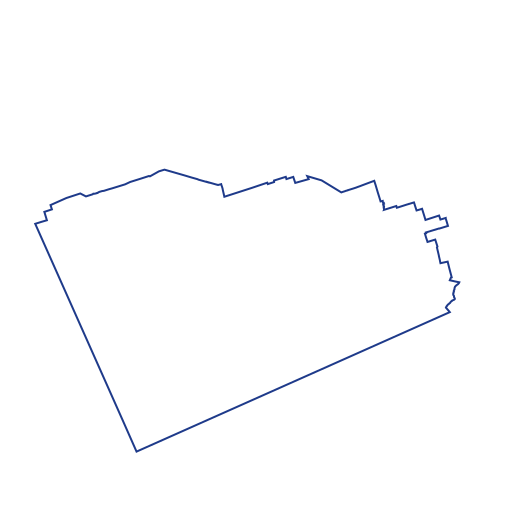 Bulloo, Queensland, Australia, rotated 336°
{"feature_id": "25037944B79296808644120", "entity_name": "Bulloo", "entity_type": "district", "adm_level": 2, "iso_a3": "AUS", "parent_name": "Australia", "parent_adm1": "Queensland", "projection": "mercator", "projection_center": [143.553, -27.831], "detail": "fine", "context": "isolated", "style": "outline", "palette": "blue", "viewbox_px": 512, "rotation_deg": 336, "n_neighbors": 0, "source": "geoboundaries", "source_scale": "gbopen_adm2", "svg_char_len": 4484}
<svg xmlns="http://www.w3.org/2000/svg" viewBox="0 0 512 512"><g transform="rotate(336 256 256)"><path d="M410.2,386.1L410.0,385.3L409.0,382.0L408.5,380.4L409.2,379.8L409.4,379.6L410.0,379.4L410.1,379.2L410.4,379.1L410.7,378.9L411.2,378.6L411.3,378.6L411.6,378.4L412.1,378.4L412.6,378.3L413.1,378.0L413.4,377.9L413.6,377.9L413.9,377.9L414.1,377.8L414.5,377.6L414.7,377.4L415.1,377.2L415.3,377.1L415.5,377.0L415.8,376.9L416.0,376.9L416.3,376.8L416.7,376.6L416.9,376.7L417.3,376.5L417.7,376.5L417.9,376.5L418.5,376.5L418.9,376.5L419.4,376.5L419.6,376.4L419.9,376.2L420.2,376.1L420.3,375.8L420.3,374.6L420.2,374.4L420.2,374.2L420.3,373.8L420.4,373.6L420.5,373.3L420.6,372.9L420.6,372.7L420.5,372.4L420.4,372.0L420.6,371.4L420.6,371.0L420.7,370.8L421.0,370.5L421.1,370.4L421.4,370.2L421.5,370.0L421.5,369.9L421.5,369.7L421.9,369.3L422.1,369.2L422.3,369.1L422.3,368.7L422.5,368.4L422.6,368.2L422.8,367.9L423.1,367.7L423.4,367.5L423.6,367.4L423.7,367.1L423.8,366.9L424.0,366.7L424.2,366.3L424.3,366.1L424.5,365.8L424.8,365.6L425.1,365.2L425.3,365.0L426.0,364.7L426.4,364.5L427.0,364.4L427.3,364.2L428.6,364.0L429.0,363.9L429.4,363.7L430.2,363.4L430.5,363.1L431.0,362.7L427.5,360.2L423.2,357.0L425.3,355.0L426.1,355.1L427.6,345.8L428.8,339.1L421.6,337.6L421.9,336.1L422.3,334.5L422.6,332.9L422.9,331.3L423.1,330.3L423.2,330.1L424.8,321.7L425.4,321.4L425.6,321.2L426.4,313.9L418.4,312.9L418.6,311.2L418.8,309.0L419.4,304.3L420.7,304.4L420.8,303.6L434.4,305.3L434.6,305.5L443.6,306.6L444.2,302.0L444.6,298.6L444.7,298.4L439.3,297.7L439.7,293.5L434.0,292.9L425.5,292.0L426.0,288.0L426.9,280.4L424.8,280.2L421.2,279.7L421.6,275.8L422.1,271.5L422.1,271.3L419.6,271.0L417.1,270.7L416.9,270.6L416.7,270.6L416.4,270.6L415.0,270.4L405.9,269.4L404.3,269.2L404.5,267.4L391.7,265.9L391.8,265.8L391.9,265.5L392.1,265.4L392.2,265.2L392.1,264.7L392.2,264.3L392.3,264.0L392.5,263.5L392.5,263.4L392.8,263.4L392.9,263.2L393.0,263.0L393.1,262.9L393.1,262.7L392.9,262.6L393.0,262.4L393.1,262.1L393.1,261.9L393.1,261.7L393.3,261.5L393.2,261.3L393.0,260.9L393.2,260.7L393.4,260.3L393.7,260.3L393.8,260.2L394.1,260.2L394.0,259.7L394.2,259.4L393.7,259.2L393.8,258.6L393.8,258.3L393.9,258.1L393.8,257.8L394.0,257.4L394.1,257.2L392.0,256.8L392.5,252.8L393.1,247.6L394.1,240.0L394.6,235.4L391.4,235.2L381.6,234.6L379.4,234.5L377.0,234.3L375.1,234.2L372.2,233.9L368.8,233.5L367.1,233.3L366.5,233.2L366.4,233.3L366.0,233.2L365.7,233.2L365.4,233.2L365.2,233.1L364.6,233.0L364.0,233.0L362.8,232.9L362.0,232.8L361.2,232.7L359.8,232.6L353.8,223.9L346.7,213.6L335.3,203.9L335.4,207.2L321.6,205.2L322.2,198.9L315.1,198.1L315.4,195.8L303.2,194.4L302.6,195.8L296.0,195.1L296.1,193.6L280.0,192.1L251.2,189.0L252.5,182.4L252.9,180.7L253.1,179.1L253.3,176.7L253.4,176.2L250.2,175.7L249.3,174.9L249.2,174.9L241.9,168.8L241.9,169.0L234.3,162.7L234.0,162.2L229.3,158.3L223.0,152.9L208.0,140.3L207.5,139.9L204.4,139.5L201.9,139.2L201.5,139.2L194.9,139.8L191.5,140.1L190.8,139.4L183.4,138.6L181.6,138.4L171.2,137.2L165.6,137.3L152.2,135.7L148.8,135.2L146.2,134.9L143.5,134.6L141.9,134.1L138.9,133.7L137.3,133.8L137.0,134.0L136.7,134.0L136.1,133.7L135.8,133.7L135.6,133.8L134.6,133.6L133.7,133.4L132.7,132.9L131.9,133.2L124.9,132.4L120.9,127.4L106.4,125.9L92.5,125.9L89.0,125.9L88.5,130.4L80.6,129.6L79.5,138.3L73.5,137.5L67.4,136.8L67.4,153.1L67.4,153.6L67.4,174.5L67.4,184.2L67.4,194.7L67.4,200.3L67.4,220.3L67.4,230.6L67.4,235.5L67.4,235.8L67.4,260.2L67.4,265.0L67.4,274.8L67.4,281.2L67.4,281.9L67.4,284.2L67.4,291.0L67.4,304.3L67.4,314.7L67.4,322.5L67.4,325.6L67.4,329.7L67.4,334.4L67.4,351.4L67.3,386.1L69.0,386.1L71.8,386.1L78.3,386.1L87.1,386.1L88.4,386.1L97.0,386.1L104.3,386.1L112.0,386.1L116.7,386.1L120.3,386.1L125.6,386.1L126.5,386.1L130.4,386.1L136.4,386.1L146.2,386.1L156.1,386.1L157.5,386.1L158.2,386.1L161.3,386.1L162.9,386.1L164.5,386.1L165.9,386.1L167.8,386.1L175.9,386.1L177.5,386.1L179.2,386.1L182.4,386.1L184.8,386.1L189.4,386.1L192.0,386.1L195.5,386.1L205.3,386.1L215.2,386.1L225.0,386.1L225.3,386.1L234.9,386.1L235.6,386.1L244.7,386.1L254.6,386.1L255.6,386.1L264.5,386.1L281.8,386.1L286.7,386.1L293.1,386.1L294.7,386.1L299.5,386.1L303.8,386.1L308.9,386.1L313.7,386.1L323.5,386.1L323.9,386.1L332.1,386.1L338.3,386.1L341.9,386.1L348.2,386.1L357.8,386.1L362.9,386.1L365.9,386.1L367.9,386.1L371.1,386.1L372.7,386.1L374.4,386.1L379.3,386.1L382.2,386.1L382.5,386.1L387.5,386.1L395.6,386.1L398.4,386.1L401.6,386.1L403.1,386.1L403.8,386.1L406.7,386.1L410.2,386.1Z" fill="none" stroke="#1e3a8a" stroke-width="2"/></g></svg>